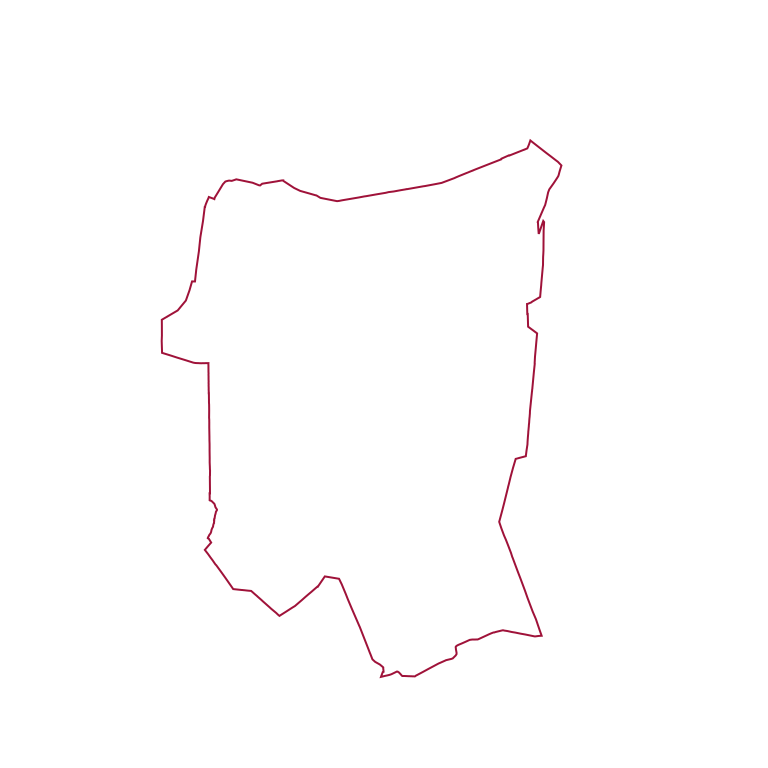 outline of Līgo pag., Gulbene, Latvia, rotated 199°
{"feature_id": "27541924B95861088193965", "entity_name": "Līgo pag.", "entity_type": "district", "adm_level": 2, "iso_a3": "LVA", "parent_name": "Latvia", "parent_adm1": "Gulbene", "projection": "mercator", "projection_center": [26.604, 57.002], "detail": "fine", "context": "isolated", "style": "outline", "palette": "rose", "viewbox_px": 768, "rotation_deg": 199, "n_neighbors": 0, "source": "geoboundaries", "source_scale": "gbopen_adm2", "svg_char_len": 5962}
<svg xmlns="http://www.w3.org/2000/svg" viewBox="0 0 768 768"><g transform="rotate(199 384 384)"><path d="M610.5,503.8L610.5,502.8L610.6,501.5L610.8,499.8L611.0,496.3L611.0,494.2L610.8,493.1L611.1,493.0L608.2,479.2L605.6,464.0L605.4,462.9L602.2,449.1L598.7,430.7L598.4,429.5L596.1,419.4L598.9,418.5L598.4,409.3L598.5,398.4L599.4,396.0L601.4,390.7L603.0,386.4L615.0,372.4L613.0,366.8L609.7,357.3L608.8,354.3L608.2,352.3L604.7,343.1L604.5,342.5L604.0,341.2L594.4,341.5L588.6,341.6L579.3,341.9L571.3,342.1L569.3,342.4L563.9,344.0L556.8,346.6L556.3,345.0L556.0,344.3L554.5,340.0L553.8,338.0L553.4,337.1L552.9,335.4L552.6,334.7L552.2,333.6L551.9,332.7L551.4,331.3L551.2,330.7L550.7,329.5L550.2,327.8L549.8,326.9L549.3,325.3L548.9,324.3L548.2,322.4L548.1,322.0L547.2,319.7L546.9,318.7L546.7,318.1L546.5,317.7L546.4,317.8L544.7,313.0L544.2,311.7L544.1,311.3L543.3,309.1L542.7,307.7L540.7,302.1L539.1,297.3L538.4,295.2L537.6,293.3L536.6,290.5L535.1,286.1L532.0,277.6L530.7,273.9L529.4,270.5L527.9,266.2L527.4,264.7L524.7,257.2L523.3,253.1L523.1,252.6L522.2,250.3L521.8,249.3L521.2,247.7L520.8,246.6L520.4,245.8L519.9,244.3L519.2,242.2L518.7,240.7L518.6,240.0L512.9,223.9L513.3,223.8L512.2,220.9L511.0,217.3L510.4,217.2L509.8,217.3L509.3,217.2L508.7,217.1L507.3,216.4L506.0,215.8L505.3,215.4L504.9,214.9L504.5,214.4L503.3,212.7L503.0,212.4L502.6,212.1L501.9,211.6L501.4,211.2L501.0,210.8L500.9,210.4L501.0,209.7L501.2,209.0L501.3,208.4L501.2,207.8L501.1,207.0L501.0,205.8L501.0,204.7L500.8,203.8L500.7,203.4L500.5,202.0L500.4,201.7L500.4,201.4L500.6,201.3L500.6,200.9L500.5,200.7L500.4,200.1L500.4,199.8L500.2,199.5L499.9,199.3L499.9,199.1L499.9,198.8L499.7,197.7L499.4,197.3L499.6,196.2L499.5,194.9L499.2,193.4L499.5,191.8L499.6,190.0L499.3,187.8L499.4,186.2L500.0,184.6L500.2,183.0L500.5,181.5L500.4,180.8L499.2,180.6L495.8,177.8L497.6,173.4L499.4,168.8L495.1,166.0L491.6,163.5L488.8,161.6L486.1,159.6L484.6,158.5L483.7,158.1L483.4,157.9L482.1,157.0L479.1,154.9L476.1,152.8L470.9,149.1L465.0,144.8L463.6,143.8L459.8,141.0L451.5,142.9L451.2,143.0L448.2,143.7L445.9,144.2L444.3,144.6L442.2,145.1L437.4,143.1L434.6,142.0L434.5,141.9L429.6,139.9L427.6,139.0L419.4,135.6L417.6,134.8L411.3,132.4L409.4,131.5L407.4,130.7L402.6,136.7L397.9,142.7L395.9,145.1L393.4,149.4L391.4,152.8L389.1,156.9L386.7,161.0L385.0,163.8L383.4,166.6L380.9,170.9L380.6,170.8L379.7,174.0L377.3,182.8L363.1,185.2L358.7,180.8L351.6,172.8L348.2,168.8L341.3,161.1L328.5,147.1L328.2,146.8L327.9,146.5L325.0,143.1L318.8,135.8L313.2,129.2L309.5,124.8L309.1,124.4L305.3,119.9L301.9,118.4L296.5,117.4L292.9,116.0L292.5,115.8L292.5,115.7L290.7,111.7L290.8,111.6L291.2,111.3L291.4,111.2L291.4,110.9L291.5,107.1L291.5,106.1L287.9,108.4L285.9,109.6L284.2,110.7L283.0,111.6L282.0,112.5L281.3,113.2L280.3,114.2L279.6,114.9L278.5,116.0L278.2,116.3L277.4,116.5L277.0,116.3L276.5,116.3L275.9,116.1L273.8,115.0L272.1,114.0L271.6,113.9L271.2,114.0L269.5,114.6L266.1,115.6L259.9,117.5L259.6,117.6L259.4,117.8L259.0,118.5L257.4,120.2L253.3,124.6L249.2,129.1L245.2,133.4L241.3,137.6L240.5,138.3L237.7,140.9L236.1,142.4L235.7,142.8L235.4,143.1L234.9,143.4L233.5,144.3L230.8,146.0L229.6,147.0L229.5,147.3L229.2,147.9L227.9,150.5L227.8,150.9L227.5,151.9L227.5,152.2L227.6,152.5L227.8,153.3L228.8,155.1L229.7,156.7L230.1,157.7L230.3,158.0L230.5,158.4L230.6,158.9L230.4,159.5L229.9,160.3L228.8,161.5L226.1,163.9L223.4,166.4L219.6,170.0L217.4,171.1L213.2,172.6L212.2,173.0L211.5,173.6L204.4,180.4L203.6,181.2L201.4,183.2L199.6,184.7L198.8,185.0L197.8,185.8L192.5,189.2L191.5,189.8L190.8,190.0L190.1,190.0L186.9,190.6L182.5,191.1L179.0,191.7L173.6,192.4L169.2,193.1L159.4,194.4L158.6,194.7L155.6,196.2L153.0,197.3L156.9,202.2L160.0,206.2L163.7,211.0L167.4,215.1L169.3,217.2L178.6,228.4L183.1,234.1L183.9,235.1L184.1,235.3L184.9,236.3L188.6,240.8L192.4,245.4L195.7,249.3L199.0,253.3L201.3,256.1L205.9,261.7L206.4,262.2L208.9,265.6L214.6,272.4L218.1,276.5L220.6,279.2L221.4,280.1L226.0,285.7L229.0,289.6L230.2,291.2L231.0,302.7L231.6,310.2L233.0,325.8L233.2,327.5L233.3,329.3L233.9,335.6L234.1,337.6L234.1,337.8L234.7,346.7L235.1,356.1L226.4,361.9L227.6,367.6L228.6,373.1L228.7,373.6L229.3,375.6L230.1,378.5L230.3,379.3L230.6,380.4L231.3,383.2L231.7,384.8L232.0,385.7L232.5,387.9L232.9,389.5L233.3,391.2L233.6,392.2L234.2,394.8L234.9,397.3L235.4,399.3L235.6,400.3L236.0,401.8L236.4,403.4L236.8,404.7L237.2,406.0L241.6,424.9L241.6,425.1L241.8,425.9L242.1,427.0L242.2,427.9L242.3,428.1L246.2,444.2L248.1,452.4L248.3,452.6L250.1,458.9L252.1,467.1L253.6,473.1L255.7,481.7L266.4,485.1L270.9,497.0L271.3,496.8L274.8,506.2L274.4,506.4L271.2,509.2L270.9,509.9L264.7,517.1L266.3,523.5L267.5,528.5L268.1,530.7L269.6,536.8L271.6,544.9L272.4,548.3L273.5,551.6L274.9,555.9L275.7,558.8L276.7,562.2L279.7,571.1L283.0,581.0L284.7,587.0L285.3,589.2L286.5,590.0L286.5,577.1L286.9,577.0L289.1,582.1L291.0,586.8L291.4,587.1L290.2,602.9L289.9,605.7L290.5,612.8L291.2,618.6L291.1,621.8L289.0,628.9L287.9,633.1L287.2,635.9L286.9,637.3L286.9,638.8L287.1,641.1L287.2,642.9L287.3,645.7L287.4,648.4L291.9,650.7L294.7,651.6L300.3,653.5L306.4,655.5L320.9,660.5L324.9,661.9L324.9,659.5L324.9,658.8L324.9,657.7L325.0,655.8L325.2,653.4L340.0,640.7L340.3,640.9L346.4,635.2L346.3,634.6L357.5,625.1L366.9,617.1L377.7,607.7L380.9,604.9L384.0,602.1L384.1,601.9L395.0,592.9L397.6,591.4L400.9,589.5L405.3,587.0L409.7,584.5L411.1,583.8L425.7,575.7L426.4,575.5L426.5,575.3L431.1,572.8L437.5,569.2L442.2,566.9L442.5,566.7L444.5,565.4L452.6,561.0L462.0,555.8L463.6,555.0L468.5,552.2L480.6,545.6L483.7,543.9L485.9,542.6L487.9,541.6L503.9,539.4L504.8,539.3L509.3,540.3L509.7,540.2L518.9,539.7L526.1,539.3L532.8,540.1L545.8,543.4L545.8,543.6L546.7,543.3L550.7,541.1L550.8,541.0L564.4,533.7L565.8,531.4L567.0,531.2L573.5,531.5L573.9,531.5L587.4,529.8L589.0,529.6L590.4,529.4L590.8,529.0L594.1,526.5L596.7,525.9L598.2,525.0L599.9,523.8L601.3,520.6L601.4,520.2L603.4,511.0L604.7,505.2L604.6,503.6L605.6,503.7L610.5,503.8Z" fill="none" stroke="#9f1239" stroke-width="2"/></g></svg>